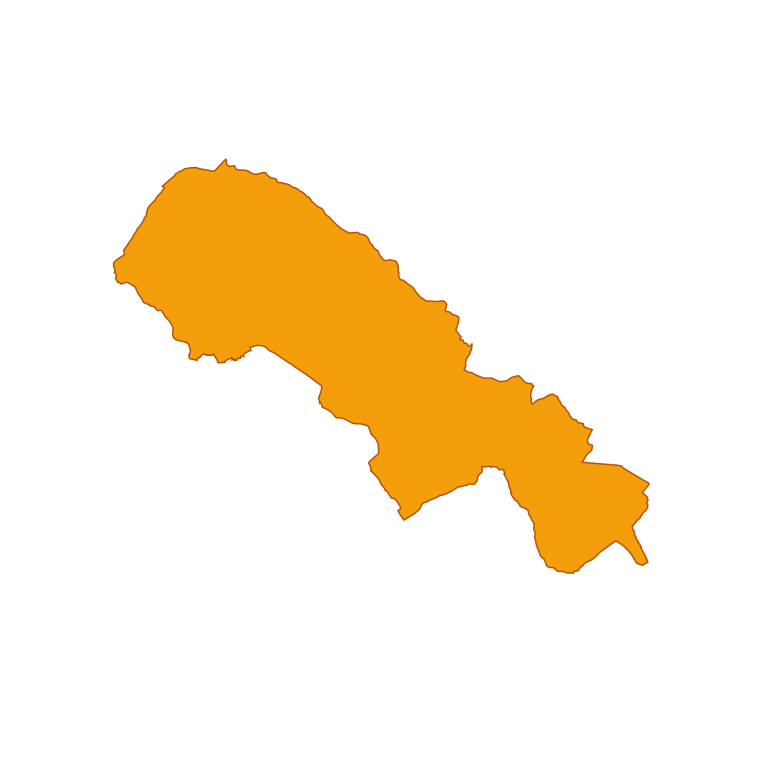 the district of Tomsani, Vâlcea, Romania, rotated 150°
{"feature_id": "2599482B78290821602499", "entity_name": "Tomsani", "entity_type": "district", "adm_level": 2, "iso_a3": "ROU", "parent_name": "Romania", "parent_adm1": "Vâlcea", "projection": "equal_earth", "projection_center": [24.055, 45.103], "detail": "fine", "context": "isolated", "style": "filled", "palette": "amber", "viewbox_px": 768, "rotation_deg": 150, "n_neighbors": 0, "source": "geoboundaries", "source_scale": "gbopen_adm2", "svg_char_len": 6168}
<svg xmlns="http://www.w3.org/2000/svg" viewBox="0 0 768 768"><g transform="rotate(150 384 384)"><path d="M561.8,615.4L561.4,614.7L561.3,612.6L562.3,610.8L563.8,609.5L563.4,606.7L563.7,604.9L562.6,604.6L561.6,601.9L558.4,601.6L555.6,600.5L553.4,597.2L551.0,592.1L551.7,586.1L551.2,577.6L551.5,574.9L549.5,572.4L546.5,567.6L544.1,565.9L544.3,565.2L543.3,560.6L540.3,559.3L539.8,558.3L539.8,551.6L538.4,545.8L538.2,542.1L538.4,538.8L538.8,537.3L540.5,535.7L541.2,533.9L542.6,532.1L542.9,531.0L542.9,528.5L541.8,526.1L540.3,524.3L538.6,523.3L537.4,521.6L535.7,520.6L535.1,519.0L534.1,518.8L533.3,515.8L535.0,509.4L538.7,506.3L539.6,503.7L539.3,502.7L536.0,500.0L534.3,497.8L532.6,499.6L531.1,499.1L529.7,499.3L525.0,500.6L524.3,498.9L522.8,497.3L522.3,497.4L521.3,496.3L520.1,496.0L518.9,494.9L517.4,494.7L516.6,495.1L516.5,488.4L517.1,485.9L516.1,484.7L511.5,482.6L510.5,482.6L510.5,483.1L508.8,483.5L502.8,482.9L502.5,482.3L503.7,481.1L501.0,480.5L500.9,479.9L502.1,479.5L502.2,479.1L500.8,479.0L499.6,478.2L498.7,478.3L497.6,479.3L495.7,478.0L495.3,478.2L494.4,479.7L491.7,477.8L491.4,479.6L488.0,480.2L483.9,480.0L482.5,479.4L481.9,482.6L477.2,481.7L473.5,480.3L470.1,477.8L467.9,474.9L466.6,470.2L463.4,465.7L455.6,449.5L454.2,447.6L453.0,444.2L446.4,430.8L439.1,413.9L439.4,412.4L441.6,409.6L447.7,404.4L448.3,402.9L448.3,401.1L449.3,399.9L449.3,399.3L448.4,399.5L448.0,399.0L448.2,397.6L449.1,395.1L449.0,394.6L446.9,391.9L444.0,386.8L442.9,383.0L442.7,380.3L442.2,378.7L438.6,376.4L436.0,374.0L431.0,366.0L428.5,363.8L424.4,361.4L419.8,356.8L419.0,355.5L418.8,353.9L420.2,346.7L418.6,341.5L418.7,336.3L419.4,334.0L422.1,328.7L423.1,327.2L424.5,326.2L434.8,324.3L436.2,323.7L436.9,323.0L436.8,320.6L437.1,320.1L437.3,318.6L438.2,316.1L439.0,315.3L437.8,312.4L436.2,304.6L436.5,298.7L435.7,293.3L436.3,292.1L435.4,289.7L434.7,288.9L435.0,286.3L434.6,281.6L433.7,281.0L432.1,278.9L431.4,275.9L431.2,269.1L432.5,267.7L435.3,267.2L435.4,263.2L434.7,256.2L422.8,256.5L416.4,257.6L415.0,258.2L411.7,260.8L408.6,261.2L404.5,260.3L402.9,260.6L396.3,259.6L390.7,259.6L389.5,258.7L380.8,257.4L370.7,257.8L368.7,256.5L366.0,256.2L363.3,255.1L359.6,254.6L356.5,252.3L355.4,252.1L354.1,252.9L352.2,253.3L348.9,257.0L347.0,257.9L343.4,258.8L341.7,260.8L340.6,263.7L337.7,261.5L334.0,260.3L332.7,258.1L331.5,258.4L328.1,255.9L327.2,252.5L326.6,251.7L324.7,251.6L323.6,249.4L323.9,246.1L325.1,246.2L325.4,236.9L327.0,232.4L327.4,228.2L328.5,226.9L329.0,224.3L329.0,221.6L328.4,219.0L328.7,218.1L327.1,215.5L327.3,213.5L326.9,212.0L327.2,210.2L327.0,209.5L324.0,205.9L322.2,202.4L322.8,201.8L323.9,197.6L323.4,195.9L323.7,195.3L323.5,194.1L324.2,193.0L323.7,190.2L324.2,187.4L326.6,184.0L327.2,182.4L327.2,180.3L327.8,179.0L330.4,175.7L330.9,172.9L332.3,169.2L332.5,167.1L333.1,165.9L332.9,164.2L333.5,162.4L334.4,156.9L333.9,154.6L333.0,152.7L333.0,151.5L334.0,144.6L332.5,142.7L328.7,139.7L327.9,136.1L326.1,134.1L323.0,132.5L320.1,129.1L314.6,125.5L312.7,126.8L311.4,125.8L308.6,125.4L307.3,126.4L304.7,127.1L304.7,127.5L302.5,127.2L299.7,128.5L292.1,127.9L287.5,128.5L281.5,130.3L261.8,132.3L260.0,129.3L257.3,123.5L256.7,120.4L255.8,118.3L254.8,110.7L254.9,104.2L254.5,102.1L250.8,97.7L247.3,97.9L244.8,97.6L243.8,101.9L243.4,112.9L242.8,114.2L242.7,117.5L243.2,119.5L242.4,120.5L243.0,121.8L243.0,123.3L242.3,125.1L242.5,128.4L241.2,130.0L241.3,132.2L240.9,132.4L241.1,134.0L240.4,136.5L232.9,139.3L228.7,140.1L227.8,141.3L225.5,141.9L224.1,143.2L222.5,143.1L220.8,143.6L217.4,145.3L215.9,147.7L215.9,149.6L213.3,151.6L213.1,153.3L212.6,154.1L212.7,155.1L214.6,160.8L205.4,164.2L204.2,165.4L218.7,191.2L219.3,194.1L222.0,196.6L251.6,217.1L242.7,221.8L240.6,221.9L237.0,223.1L234.1,226.6L236.7,229.6L236.8,232.0L236.2,233.3L233.4,235.7L226.5,240.3L231.4,245.6L232.1,247.8L232.0,248.5L231.2,250.0L235.5,253.8L235.5,256.7L238.3,259.4L239.0,263.8L238.5,265.5L239.3,271.1L239.1,273.8L239.8,274.5L240.8,277.6L240.3,280.5L240.6,282.8L240.0,286.6L241.2,287.7L242.8,290.8L246.2,292.0L254.0,291.9L257.2,293.1L260.3,293.4L265.3,292.2L265.2,293.1L265.9,294.3L263.6,297.8L263.1,299.9L262.4,301.3L260.9,303.3L256.6,306.9L255.3,307.6L256.1,308.8L256.0,310.6L259.3,312.7L261.5,316.0L261.6,317.8L262.9,322.8L263.6,324.1L270.1,325.8L276.2,325.4L282.5,328.0L287.6,335.1L294.8,339.3L300.4,346.4L302.3,349.8L305.5,352.5L307.0,355.5L307.7,356.0L304.0,358.9L302.9,361.5L301.7,363.0L298.9,365.1L294.3,367.3L293.5,368.7L292.8,368.8L290.7,370.7L288.4,373.5L288.0,374.6L290.2,373.8L291.7,374.2L292.1,377.8L293.6,378.8L294.0,379.6L293.8,382.9L295.8,384.1L295.8,385.0L294.2,385.9L293.6,386.6L294.1,388.2L294.9,394.7L288.7,400.1L285.8,404.5L287.8,408.0L290.0,409.5L290.2,411.3L291.7,414.2L294.4,415.9L294.1,417.2L289.7,421.7L290.1,424.2L291.3,426.5L297.2,429.1L306.0,434.9L309.1,440.9L310.1,446.3L310.8,453.5L313.7,459.4L315.1,463.8L317.6,466.2L317.7,467.9L317.2,470.7L315.5,472.6L315.2,474.7L312.7,478.9L312.4,480.1L312.3,484.5L316.9,488.7L319.6,489.4L321.6,490.6L322.6,492.3L322.7,494.2L323.4,497.5L322.7,502.1L324.7,506.7L324.8,510.3L325.6,513.8L324.8,517.8L325.6,521.6L327.6,524.1L329.6,525.3L330.0,526.1L329.8,526.5L330.3,526.7L331.1,528.6L334.6,530.1L335.6,530.9L338.5,531.8L343.0,539.2L345.3,545.0L347.1,551.5L347.9,555.7L349.7,559.6L350.0,566.9L352.6,570.5L353.4,572.3L355.2,578.1L355.3,581.4L355.8,583.6L356.9,584.8L358.3,590.2L360.3,593.2L362.4,598.1L364.1,599.1L366.3,603.5L368.7,606.5L370.0,607.1L371.5,609.2L375.3,611.7L375.0,615.3L376.3,617.0L378.8,618.9L381.0,624.0L380.9,626.1L383.5,627.7L390.1,629.6L391.9,631.1L393.1,632.7L394.3,634.3L395.4,636.8L398.6,639.4L403.3,642.3L404.6,643.7L404.8,646.3L404.2,647.6L409.0,649.6L410.1,651.5L410.4,653.4L408.9,655.8L408.5,657.6L410.6,657.3L424.8,653.0L436.5,663.0L438.2,665.2L443.9,668.1L448.8,670.0L453.4,669.8L454.8,670.4L457.2,669.9L458.6,670.3L462.9,668.6L464.6,668.7L477.2,666.0L475.9,663.8L480.9,661.4L487.4,659.5L490.1,657.8L498.3,655.6L499.3,654.8L500.0,654.7L502.6,652.5L505.7,648.7L508.9,647.4L510.0,646.1L517.4,642.4L519.7,642.0L521.5,640.5L524.6,639.1L529.6,636.0L542.6,629.9L543.5,626.8L544.5,625.8L553.2,625.3L556.9,624.4L558.4,623.1L559.4,620.2L560.1,616.8L561.8,615.4Z" fill="#f59e0b" stroke="#b45309" stroke-width="1.5"/></g></svg>